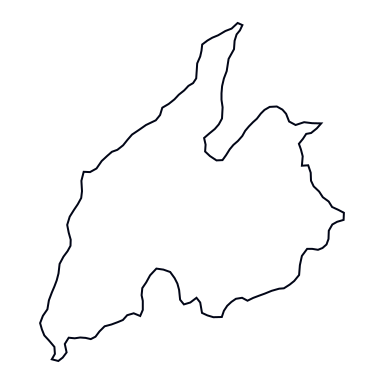 Jaguaraçu, Minas Gerais, Brazil (Natural Earth projection)
{"feature_id": "56859067B87939295508899", "entity_name": "Jaguaraçu", "entity_type": "district", "adm_level": 2, "iso_a3": "BRA", "parent_name": "Brazil", "parent_adm1": "Minas Gerais", "projection": "natural_earth1", "projection_center": [-42.716, -19.627], "detail": "fine", "context": "isolated", "style": "outline", "palette": "ink", "viewbox_px": 384, "rotation_deg": 0, "n_neighbors": 0, "source": "geoboundaries", "source_scale": "gbopen_adm2", "svg_char_len": 2301}
<svg xmlns="http://www.w3.org/2000/svg" viewBox="0 0 384 384"><path d="M51.8,359.3L58.3,361.0L62.7,357.6L66.6,352.4L64.8,344.0L68.7,337.7L74.7,338.3L80.2,337.5L85.6,337.9L90.8,339.1L95.5,336.7L99.4,331.5L104.6,326.3L111.4,324.5L117.6,322.2L122.9,320.0L127.2,315.2L133.7,313.3L140.2,316.0L142.8,309.9L142.8,300.9L141.6,295.2L142.3,288.1L146.2,282.4L150.1,275.3L156.4,268.6L163.4,269.6L170.2,272.0L174.6,278.1L177.4,283.6L179.1,289.9L180.1,299.7L183.9,304.4L190.3,302.5L196.5,297.8L200.2,302.5L202.0,312.9L207.4,315.4L213.4,317.2L221.8,317.0L223.9,310.8L227.2,305.8L231.4,301.9L235.9,298.8L242.1,297.8L247.5,300.7L253.2,297.9L259.3,295.6L264.8,293.6L271.7,290.8L279.1,288.7L283.9,288.3L289.7,284.6L294.2,281.0L299.1,275.0L299.9,265.1L301.9,255.9L307.1,248.9L312.4,248.9L318.0,249.8L322.5,248.0L326.5,244.5L328.5,239.0L328.8,230.7L332.3,224.5L337.1,221.8L343.6,219.9L343.9,212.8L338.6,210.0L332.1,207.0L328.7,201.5L322.8,197.2L319.1,191.5L313.7,186.4L311.0,180.7L310.7,172.7L308.2,165.3L301.9,165.7L302.7,156.3L300.9,149.4L298.9,143.8L302.9,138.9L306.2,133.9L311.1,133.0L316.8,128.4L321.2,123.4L312.2,123.2L304.1,122.2L295.6,125.0L289.1,121.5L286.1,113.8L282.4,109.6L276.8,106.5L269.7,106.9L264.5,109.9L260.8,113.6L256.9,118.7L253.0,122.2L248.9,126.4L245.2,130.8L242.3,136.0L237.9,141.0L233.4,144.9L229.8,149.2L226.1,155.1L222.5,160.1L216.5,160.4L210.0,156.1L205.1,151.5L205.6,144.7L204.1,138.0L209.3,133.5L214.8,129.0L218.8,124.4L222.0,118.5L222.6,107.3L221.5,99.8L221.5,93.3L222.1,86.1L223.9,78.5L226.7,71.1L228.6,58.9L234.0,49.2L234.6,40.8L236.6,34.4L239.9,30.4L242.4,25.1L237.6,23.0L231.6,28.6L225.4,31.0L218.1,35.3L212.3,37.7L207.5,40.5L202.2,44.5L201.5,50.7L200.2,56.5L197.2,63.4L196.7,71.0L196.2,78.4L193.1,83.1L188.5,85.8L184.2,90.4L178.8,94.7L174.4,99.4L168.6,104.0L162.3,107.7L160.1,115.0L155.8,120.3L146.0,125.0L139.0,129.9L132.0,134.6L127.5,139.8L123.1,145.3L117.4,149.8L111.9,151.8L107.2,155.9L101.7,161.0L96.5,168.5L90.0,172.1L83.7,171.8L81.4,180.8L82.0,191.2L81.2,198.0L77.8,204.2L73.9,210.0L69.7,216.7L67.2,224.9L68.7,232.6L70.7,239.7L70.5,245.8L67.6,251.1L63.5,256.6L59.6,263.9L58.5,273.5L56.7,280.4L54.4,286.5L51.8,292.6L48.9,300.3L47.4,309.3L42.9,315.8L40.1,323.1L41.9,329.4L44.3,335.4L48.9,340.4L54.4,346.9L54.9,353.9L51.8,359.3Z" fill="none" stroke="#020617" stroke-width="2"/></svg>